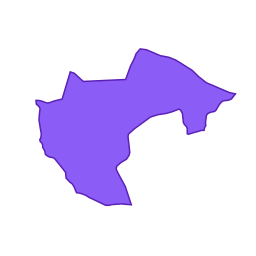 Yaloké, Ombella-M'Poko, Central African Republic, rotated 284°
{"feature_id": "33826404B87944665241134", "entity_name": "Yaloké", "entity_type": "district", "adm_level": 2, "iso_a3": "CAF", "parent_name": "Central African Republic", "parent_adm1": "Ombella-M'Poko", "projection": "natural_earth1", "projection_center": [16.962, 5.38], "detail": "fine", "context": "isolated", "style": "filled", "palette": "violet", "viewbox_px": 256, "rotation_deg": 284, "n_neighbors": 0, "source": "geoboundaries", "source_scale": "gbopen_adm2", "svg_char_len": 1520}
<svg xmlns="http://www.w3.org/2000/svg" viewBox="0 0 256 256"><g transform="rotate(284 128 128)"><path d="M54.3,149.8L70.6,139.5L82.2,128.9L85.2,126.5L88.1,126.3L92.8,129.5L97.4,134.1L101.4,135.5L104.5,135.7L109.0,134.1L119.6,130.1L122.2,129.9L128.9,134.5L144.0,147.1L148.1,153.7L151.4,161.6L154.5,167.0L156.9,170.4L158.6,172.8L158.3,174.4L155.4,177.2L148.7,179.7L147.1,180.2L145.0,181.9L143.6,184.2L141.9,185.6L139.5,186.2L136.7,186.9L136.5,188.0L138.3,191.1L139.8,193.5L141.5,196.7L143.5,199.9L144.1,202.4L147.0,202.2L148.9,202.9L150.7,202.4L151.2,202.0L153.6,201.7L154.8,201.5L157.5,201.3L159.7,201.1L160.8,201.7L162.2,202.8L163.7,205.2L165.0,208.0L166.6,209.1L168.8,209.7L172.7,210.9L175.3,212.1L177.2,213.5L178.2,215.9L178.9,218.0L180.1,220.0L181.3,221.4L187.1,224.0L186.9,218.0L188.2,209.8L190.9,193.0L195.0,184.0L199.4,176.5L205.5,157.8L206.5,150.3L206.0,141.7L208.4,127.0L207.7,120.7L202.1,117.9L196.5,117.2L188.4,115.4L174.5,114.0L162.4,73.5L163.3,71.5L168.1,62.7L168.5,58.4L140.2,57.1L136.4,49.9L134.5,47.1L132.8,44.3L132.8,41.5L133.2,38.1L133.2,35.0L132.5,32.0L128.9,33.3L127.5,36.2L125.5,38.0L120.5,38.6L114.2,39.7L106.2,43.1L101.3,45.3L97.0,45.8L95.4,45.2L93.5,46.2L92.5,48.1L90.8,49.3L88.6,49.9L85.7,52.7L82.4,54.3L81.5,56.1L80.8,58.9L81.0,61.2L81.1,62.9L80.1,64.8L73.9,73.0L69.9,78.1L64.3,80.1L61.4,84.7L60.1,87.7L57.5,90.2L54.8,92.1L52.7,93.8L53.1,95.9L53.0,99.4L52.5,103.3L51.2,107.1L47.6,124.9L48.3,128.0L50.0,131.5L52.7,139.8L54.3,149.8Z" fill="#8b5cf6" stroke="#5b21b6" stroke-width="1.5"/></g></svg>